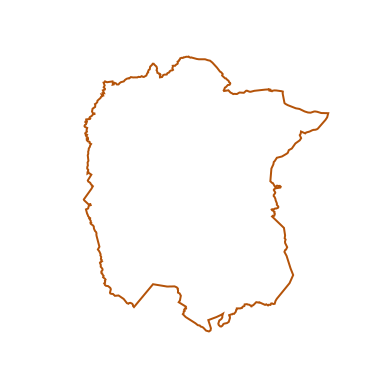 Peribán, Michoacán, Mexico (Equal Earth projection), rotated 294°
{"feature_id": "50627088B26915402792387", "entity_name": "Peribán", "entity_type": "district", "adm_level": 2, "iso_a3": "MEX", "parent_name": "Mexico", "parent_adm1": "Michoacán", "projection": "equal_earth", "projection_center": [-102.46, 19.494], "detail": "fine", "context": "isolated", "style": "outline", "palette": "amber", "viewbox_px": 384, "rotation_deg": 294, "n_neighbors": 0, "source": "geoboundaries", "source_scale": "gbopen_adm2", "svg_char_len": 5927}
<svg xmlns="http://www.w3.org/2000/svg" viewBox="0 0 384 384"><g transform="rotate(294 192 192)"><path d="M96.7,278.6L97.5,279.0L97.8,280.0L100.4,280.7L102.5,280.3L102.9,280.7L103.9,280.3L105.5,283.8L106.0,284.1L106.4,284.8L107.8,284.9L109.1,286.2L110.7,285.8L111.9,287.8L111.9,288.9L112.3,290.0L112.0,292.1L111.6,292.7L111.8,293.0L112.6,292.9L113.5,294.0L117.5,295.5L118.2,298.4L118.6,298.4L118.6,304.7L119.6,305.5L119.3,307.6L120.3,308.1L120.8,309.6L122.4,309.7L122.8,310.5L122.7,311.8L123.5,313.0L126.5,312.6L128.9,312.9L148.4,318.2L157.3,318.2L162.3,313.1L172.1,304.4L174.9,300.8L176.8,300.7L177.6,301.3L180.3,301.4L183.3,297.8L184.6,297.1L186.7,296.8L187.4,295.5L190.2,294.7L196.6,290.6L202.2,275.1L203.3,275.6L203.8,276.8L205.7,276.6L206.4,275.6L207.3,275.6L207.8,274.1L207.9,272.6L208.4,271.9L208.8,272.2L209.6,273.9L210.8,274.7L211.1,275.6L212.4,276.9L213.4,277.0L213.9,276.6L214.8,274.7L216.1,274.2L218.4,271.8L219.6,271.0L221.0,269.5L221.4,268.4L222.4,267.9L224.8,268.4L225.5,268.2L227.1,265.9L227.6,265.8L229.3,266.8L232.0,270.9L232.9,270.9L233.3,269.7L232.5,268.1L232.4,267.1L230.7,266.1L230.6,265.6L233.0,262.3L232.9,261.3L233.7,259.2L245.7,255.0L250.3,255.1L252.7,254.5L253.9,255.0L257.8,255.6L261.0,259.7L265.6,263.0L266.9,263.6L269.6,263.4L272.3,265.5L278.4,266.7L283.0,269.4L285.6,269.8L287.8,267.3L289.4,267.6L291.6,267.0L291.6,271.6L292.8,272.1L295.0,274.8L297.3,276.7L298.3,277.9L298.8,279.0L300.0,280.5L301.1,281.2L312.2,284.6L315.2,285.1L319.4,284.4L316.7,277.9L316.2,273.7L315.7,271.8L315.2,270.8L312.7,268.1L311.8,265.6L311.4,262.1L311.6,256.4L310.7,252.8L310.3,244.2L310.5,241.5L310.9,240.3L318.8,234.8L320.7,234.1L320.5,232.8L319.0,227.6L318.3,225.9L317.2,224.3L316.6,224.1L316.1,221.3L316.5,221.1L317.3,221.5L317.1,220.0L316.6,219.8L315.4,217.4L309.8,207.8L307.4,204.8L307.0,203.7L306.9,201.0L306.5,200.3L303.7,199.0L302.2,194.9L299.8,193.2L298.9,190.8L298.2,189.8L298.4,189.0L298.5,186.7L299.7,183.9L297.3,180.2L297.7,179.7L298.4,180.2L298.8,179.7L300.7,179.6L301.9,180.4L304.3,181.2L305.2,182.7L306.5,182.9L307.2,182.4L307.4,181.3L308.5,180.1L308.9,178.3L309.6,176.9L309.3,176.1L310.4,172.7L310.7,172.1L312.2,172.1L313.2,170.1L313.4,168.6L315.8,164.2L318.5,158.0L319.3,155.1L318.8,152.6L318.6,150.1L316.0,144.1L315.5,142.3L314.6,136.5L314.2,136.2L314.0,134.6L314.3,134.2L314.3,133.8L314.0,133.7L313.2,131.7L311.8,130.1L311.6,129.5L310.7,129.1L310.4,128.0L309.4,126.9L308.2,127.0L307.7,126.6L306.7,126.8L305.2,125.8L304.2,126.6L303.1,126.6L302.1,125.8L300.3,125.1L300.1,124.2L299.5,123.2L299.2,123.5L297.1,123.7L295.9,125.0L295.2,124.6L294.3,123.2L293.1,122.5L292.1,122.6L290.5,121.2L289.0,121.1L288.1,119.2L287.2,118.2L284.9,117.9L283.7,116.1L284.2,115.8L286.3,115.4L286.2,114.5L286.9,114.4L286.8,111.9L288.2,111.0L288.8,110.1L290.5,109.9L292.1,108.6L293.0,105.9L293.6,104.8L293.2,103.9L292.3,103.9L289.5,102.8L286.8,103.5L285.9,102.8L283.8,102.9L283.4,103.3L282.2,102.8L279.8,102.9L277.5,101.2L277.2,99.7L277.4,99.0L275.9,97.8L275.4,96.2L274.5,95.5L272.7,91.6L272.1,89.4L271.1,88.9L270.5,88.2L270.2,88.3L269.9,87.8L270.0,87.6L268.9,86.3L267.1,85.2L265.3,84.7L263.4,82.4L262.1,81.6L260.4,81.1L260.1,80.6L259.7,79.5L260.3,78.5L260.2,76.6L259.8,76.6L259.6,75.9L259.2,75.8L258.9,76.7L258.5,76.8L257.8,75.9L258.5,75.8L260.7,74.4L257.7,69.7L257.7,67.6L256.9,67.6L256.0,66.7L253.8,68.9L251.8,68.7L250.9,70.5L250.2,70.7L248.6,69.2L246.5,71.5L246.0,70.2L244.4,71.4L244.2,69.9L243.2,71.1L241.9,70.2L240.8,70.2L237.0,68.5L235.7,68.9L233.9,68.4L232.8,67.6L232.0,68.3L230.3,68.9L227.7,67.3L224.9,67.9L223.6,69.5L224.1,70.9L223.6,71.2L222.7,70.0L220.8,69.5L218.8,68.2L217.6,68.2L217.5,69.1L217.1,69.0L215.3,65.8L214.9,65.9L214.6,66.5L213.6,67.4L213.2,67.3L213.2,66.4L212.9,66.0L212.5,66.1L212.3,67.5L210.7,67.6L209.9,67.0L208.8,66.9L208.3,67.1L207.9,67.9L207.9,70.2L205.6,70.5L204.4,71.5L203.1,70.7L202.2,70.6L201.7,71.7L201.6,72.9L200.8,72.8L200.5,72.1L199.6,73.1L199.4,74.5L198.9,75.1L198.0,75.5L197.6,74.3L196.7,74.7L195.9,76.2L196.2,77.6L196.0,78.2L195.1,78.5L194.8,80.3L193.3,80.0L191.5,80.3L189.8,80.0L188.0,80.6L186.7,80.7L184.7,81.7L183.2,81.8L178.3,84.7L176.5,84.6L173.8,86.1L172.6,86.1L171.3,86.5L170.7,86.8L170.1,88.1L169.5,88.2L168.6,88.9L168.0,89.0L167.9,88.5L167.6,88.5L166.3,89.0L167.5,89.8L166.9,93.0L160.2,92.1L159.4,92.9L159.0,95.3L158.3,96.0L157.4,98.0L157.0,98.0L156.9,99.1L153.9,98.8L141.2,96.2L140.6,96.8L138.6,102.6L139.6,104.0L138.8,104.8L137.5,103.3L134.7,103.8L133.0,102.2L129.4,105.1L129.2,105.6L127.7,106.9L126.8,108.8L126.7,109.6L126.4,109.7L125.9,109.1L124.4,111.3L123.2,111.8L123.0,112.2L122.5,111.8L121.8,112.4L121.1,115.4L120.5,116.3L118.7,117.3L117.0,119.2L116.3,120.8L115.3,121.6L114.1,122.0L112.8,122.9L104.3,129.7L101.2,129.4L100.1,131.4L98.0,133.8L96.9,134.0L95.7,135.5L93.7,136.0L93.2,137.1L92.3,137.1L92.1,137.9L90.9,137.3L90.3,136.7L89.8,136.7L88.4,138.3L86.6,139.0L85.9,140.5L85.1,141.7L83.9,142.0L82.6,141.5L81.2,142.1L81.0,142.4L81.1,143.1L80.4,143.5L79.4,145.4L78.0,145.4L77.2,148.1L76.8,148.7L75.6,148.5L75.1,149.0L74.0,149.1L73.6,149.5L72.8,149.0L72.4,149.7L71.7,150.2L71.3,151.5L71.9,153.7L71.2,156.2L70.8,156.8L70.1,157.4L66.7,158.0L66.1,158.6L66.1,159.5L66.7,161.3L65.8,163.8L67.6,167.0L66.5,173.1L64.0,177.8L64.1,179.4L65.0,179.7L65.7,180.9L65.6,182.9L64.9,183.9L63.9,184.5L63.3,185.8L91.9,193.9L95.5,207.7L98.7,214.5L98.7,216.8L98.1,218.3L97.5,218.3L96.8,219.1L94.4,220.1L94.3,221.9L92.7,224.0L87.9,225.1L85.9,224.7L84.8,233.0L83.8,233.1L83.5,233.9L83.1,234.0L82.2,232.9L81.4,232.7L80.5,233.7L79.6,233.0L78.1,233.6L76.7,233.3L75.2,237.1L73.5,248.5L72.7,251.5L73.2,253.4L72.6,254.6L72.8,255.9L72.7,257.4L71.1,261.2L71.5,264.2L73.1,265.2L75.2,264.7L81.6,259.0L87.7,265.2L91.5,268.5L93.4,269.8L91.5,270.0L89.7,270.7L88.0,270.5L85.7,269.2L82.4,269.6L81.4,270.5L80.7,272.5L81.1,273.5L82.4,274.2L83.9,274.3L84.8,274.9L86.5,277.3L88.3,278.4L92.4,277.9L93.8,277.1L94.0,276.5L94.6,276.0L96.5,278.0L96.7,278.6Z" fill="none" stroke="#b45309" stroke-width="2"/></g></svg>